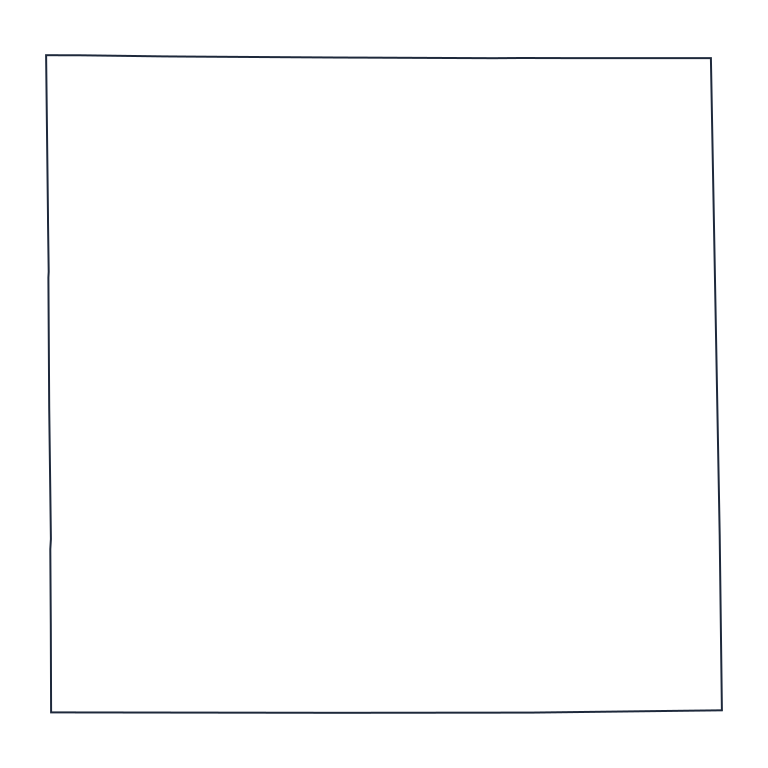 Elkhart, Indiana, United States of America
{"feature_id": "52423323B1645348206276", "entity_name": "Elkhart", "entity_type": "district", "adm_level": 2, "iso_a3": "USA", "parent_name": "United States of America", "parent_adm1": "Indiana", "projection": "robinson", "projection_center": [-85.898, 41.598], "detail": "fine", "context": "isolated", "style": "outline", "palette": "slate", "viewbox_px": 768, "rotation_deg": 0, "n_neighbors": 0, "source": "geoboundaries", "source_scale": "gbopen_adm2", "svg_char_len": 449}
<svg xmlns="http://www.w3.org/2000/svg" viewBox="0 0 768 768"><path d="M721.9,710.3L719.7,535.3L710.9,58.1L604.0,58.1L562.0,58.1L561.2,58.1L522.3,58.0L520.6,58.0L493.7,58.2L360.5,57.6L355.7,57.6L332.9,57.5L190.8,56.6L190.6,56.6L163.7,56.4L81.6,55.3L46.1,55.2L48.0,217.2L48.0,221.0L48.7,271.9L48.4,277.5L49.2,407.4L50.9,539.1L50.3,549.2L50.8,624.7L51.1,712.4L337.8,712.8L531.5,712.6L721.9,710.3Z" fill="none" stroke="#1e293b" stroke-width="2"/></svg>